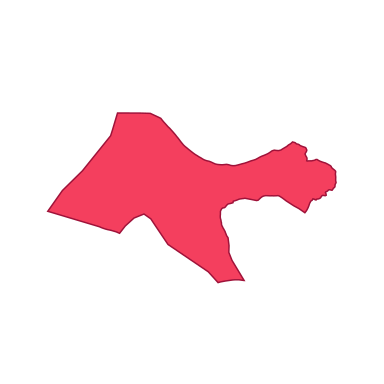 the district of Markhah As Sufla, Shabwah, Yemen, rotated 247°
{"feature_id": "15242507B42108001153056", "entity_name": "Markhah As Sufla", "entity_type": "district", "adm_level": 2, "iso_a3": "YEM", "parent_name": "Yemen", "parent_adm1": "Shabwah", "projection": "robinson", "projection_center": [46.113, 14.696], "detail": "fine", "context": "isolated", "style": "filled", "palette": "rose", "viewbox_px": 384, "rotation_deg": 247, "n_neighbors": 0, "source": "geoboundaries", "source_scale": "gbopen_adm2", "svg_char_len": 4095}
<svg xmlns="http://www.w3.org/2000/svg" viewBox="0 0 384 384"><g transform="rotate(247 192 192)"><path d="M198.8,304.0L198.6,303.7L197.9,301.6L197.6,299.2L196.9,297.0L196.6,294.7L196.3,292.4L195.9,290.1L196.3,287.8L197.3,285.9L198.4,284.0L198.6,281.7L198.1,279.5L197.7,277.2L197.6,274.9L197.6,272.5L197.7,270.2L197.6,267.9L197.3,265.5L197.1,263.2L197.3,260.8L197.6,258.6L197.7,256.1L197.8,253.8L198.0,251.5L198.4,249.1L198.7,246.7L199.0,244.5L199.4,242.1L200.2,240.0L201.3,238.1L202.7,236.5L203.9,234.7L204.6,232.5L205.3,230.3L206.3,228.3L207.3,226.4L208.6,224.5L210.2,223.0L212.0,221.4L213.6,219.8L215.0,217.8L216.6,216.0L218.2,214.7L220.0,213.5L221.6,212.2L223.4,211.0L225.3,209.6L227.3,208.4L229.1,207.4L230.9,206.4L232.8,205.4L234.6,204.5L236.6,203.4L238.7,202.5L240.7,201.9L242.8,201.3L244.8,200.8L246.9,200.3L249.1,199.6L251.1,199.1L253.0,198.5L255.2,197.8L257.2,197.1L259.3,196.4L261.5,195.4L263.6,194.7L265.6,194.0L267.6,193.3L269.6,192.7L271.9,192.1L272.1,192.0L280.7,184.3L285.3,174.2L293.8,154.3L280.0,142.9L276.4,139.8L275.5,139.0L254.3,99.4L244.0,73.3L230.6,51.7L222.9,61.0L196.2,93.2L194.6,94.7L193.1,96.3L191.7,97.9L190.3,99.7L189.0,101.6L187.7,103.3L186.3,105.0L184.9,106.7L183.2,108.3L182.3,109.2L186.8,117.3L190.7,128.5L190.5,139.2L183.4,143.6L175.9,145.0L153.1,149.4L112.2,175.8L98.4,180.6L98.4,180.8L98.1,183.1L97.6,185.4L97.5,185.8L97.1,187.7L96.5,190.0L95.9,192.2L95.3,194.5L94.6,196.7L93.7,198.9L92.8,201.0L91.6,203.0L90.4,205.0L90.2,205.4L113.5,202.1L122.0,202.3L128.1,205.1L135.8,207.3L138.2,206.8L140.5,206.9L141.7,206.9L142.7,207.0L144.6,206.8L145.8,206.7L146.9,206.5L148.1,206.5L149.1,206.4L150.1,206.4L151.2,206.7L152.2,207.1L153.2,207.2L154.0,207.4L154.3,207.5L155.2,207.7L156.2,207.8L157.2,208.0L158.3,208.4L159.0,208.7L159.2,208.8L160.1,209.3L161.0,209.7L161.9,210.1L162.9,210.5L163.6,211.1L164.3,211.9L164.9,212.7L165.3,213.8L165.1,214.8L164.9,215.9L165.3,217.1L165.9,218.0L166.4,219.1L166.8,220.1L166.8,221.3L166.5,222.3L166.1,225.5L166.3,225.7L166.7,225.9L167.4,226.4L167.4,226.7L167.2,227.8L167.1,229.0L167.0,230.2L167.0,231.3L167.0,232.5L166.8,233.6L166.5,234.7L166.2,235.8L165.8,237.1L165.6,238.2L162.0,243.6L158.9,248.1L158.6,249.7L159.9,253.2L160.3,255.0L160.3,256.3L160.1,257.4L159.9,258.3L159.4,259.4L159.0,260.3L158.5,261.3L158.0,262.3L157.6,263.4L157.1,264.6L156.6,265.5L156.2,266.6L155.8,267.6L155.4,268.7L155.1,269.7L154.2,270.8L151.1,272.9L146.9,275.3L139.4,280.4L135.0,283.9L128.8,287.8L129.9,289.8L130.4,290.5L131.0,291.3L131.6,292.0L132.3,292.8L133.0,293.5L133.7,294.2L134.4,294.8L135.2,295.5L135.9,296.2L136.5,297.0L137.0,297.6L137.4,298.5L137.4,299.0L137.5,299.5L138.1,300.2L138.4,300.6L138.0,300.9L138.0,301.4L137.6,301.7L137.1,302.0L136.5,302.6L136.2,303.1L136.3,303.4L136.7,303.5L136.5,304.9L136.2,305.8L136.2,307.0L136.4,308.0L137.7,309.9L137.8,311.2L137.3,311.9L136.5,313.3L136.6,314.3L138.4,314.7L139.4,314.6L139.9,315.4L139.8,316.4L140.0,317.4L140.5,318.3L140.4,319.3L139.9,320.2L139.3,320.9L138.9,321.7L139.6,322.9L140.2,323.6L140.4,324.5L140.8,325.4L141.6,326.0L142.4,326.3L143.2,326.9L143.8,327.7L144.4,328.3L145.3,328.5L146.1,328.6L146.3,328.7L147.0,329.0L147.8,329.3L148.6,329.7L149.5,330.1L150.4,330.4L151.1,330.6L152.1,330.9L152.9,331.2L153.6,331.7L154.9,332.3L155.3,332.2L156.2,331.9L157.0,331.5L157.7,331.1L158.5,330.7L159.4,330.3L160.2,330.0L161.1,330.1L161.9,329.8L162.7,329.3L163.4,328.7L164.1,328.2L164.9,327.6L165.5,327.0L166.2,326.5L166.9,325.8L167.4,325.1L168.1,324.3L168.7,323.6L169.4,322.9L170.0,322.2L170.8,321.5L171.5,320.9L172.2,320.4L173.1,319.8L173.5,318.8L173.4,317.9L173.4,316.9L173.6,316.0L173.8,315.1L174.0,314.1L174.4,313.2L174.7,312.4L175.1,311.5L175.3,310.6L175.9,309.8L176.8,310.4L177.5,310.8L178.4,311.1L179.3,311.1L180.2,310.9L181.1,310.9L182.0,310.9L182.8,310.9L183.5,311.6L184.0,312.4L184.6,313.1L185.2,313.8L186.1,314.1L186.9,314.0L187.8,314.1L188.6,313.8L189.3,313.1L189.9,312.4L190.5,311.7L191.2,311.0L192.0,310.2L192.8,309.5L193.7,309.1L194.4,308.5L195.0,307.7L195.5,306.9L196.3,306.6L197.1,306.2L197.7,305.5L198.3,304.7L198.8,304.0Z" fill="#f43f5e" stroke="#9f1239" stroke-width="1.5"/></g></svg>